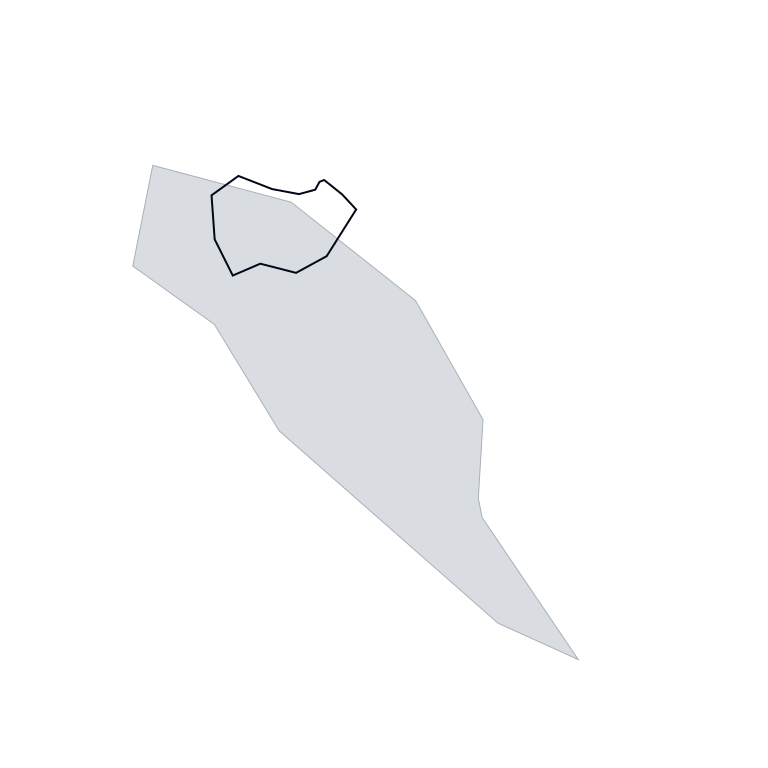 Aimeliik on a map of Palau (Robinson projection), rotated 123°
{"feature_id": "PLW-5244", "entity_name": "Aimeliik", "entity_type": "state/province", "adm_level": 1, "iso_a3": "PLW", "parent_name": "Palau", "parent_adm1": "", "projection": "robinson", "projection_center": [134.515, 7.434], "detail": "fine", "context": "in_parent", "style": "outline", "palette": "ink", "viewbox_px": 768, "rotation_deg": 123, "n_neighbors": 0, "source": "natural_earth", "source_scale": "10m", "svg_char_len": 551}
<svg xmlns="http://www.w3.org/2000/svg" viewBox="0 0 768 768"><g transform="rotate(123 384 384)"><path d="M421.9,658.9L326.6,697.0L282.1,560.8L296.9,402.9L360.0,281.5L428.6,242.6L442.7,228.7L509.3,71.0L522.5,158.0L480.4,446.4L426.4,558.7L421.9,658.9Z" fill="#d9dde1" stroke="#a8b0b8" stroke-width="1"/><path d="M288.8,619.4L281.5,584.1L271.1,558.8L258.5,547.5L249.6,548.2L245.5,545.3L247.8,522.3L252.8,502.4L308.0,501.7L338.7,518.3L350.5,553.3L375.4,569.9L354.9,604.8L319.7,631.4L288.8,619.4Z" fill="none" stroke="#020617" stroke-width="2"/></g></svg>